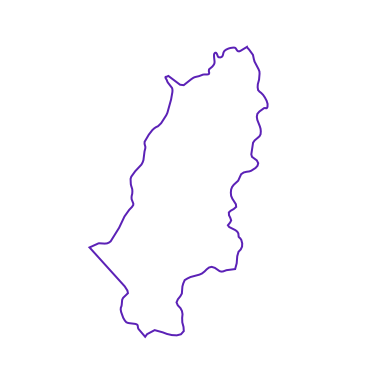 SVG path tracing the border of Itapúa, rotated 324°
{"feature_id": "PRY-620", "entity_name": "Itapúa", "entity_type": "Department", "adm_level": 1, "iso_a3": "PRY", "parent_name": "Paraguay", "parent_adm1": "", "projection": "orthographic", "projection_center": [-55.537, -26.832], "detail": "fine", "context": "isolated", "style": "outline", "palette": "violet", "viewbox_px": 384, "rotation_deg": 324, "n_neighbors": 0, "source": "natural_earth", "source_scale": "10m", "svg_char_len": 3205}
<svg xmlns="http://www.w3.org/2000/svg" viewBox="0 0 384 384"><g transform="rotate(324 192 192)"><path d="M321.8,106.9L321.6,107.6L321.9,110.4L321.9,116.9L319.9,121.4L319.7,122.2L319.3,123.0L318.0,131.8L317.4,134.1L316.2,136.0L312.3,140.5L308.6,143.5L306.7,145.8L305.4,148.4L305.6,150.5L306.2,152.5L306.6,155.2L306.5,158.5L306.0,162.0L304.9,165.2L303.1,167.5L301.8,168.1L301.1,167.8L300.5,167.0L299.5,166.5L293.8,166.5L290.8,167.2L288.6,169.3L287.2,172.1L285.5,178.7L284.6,181.2L283.3,183.4L281.4,185.6L279.3,186.6L273.0,187.1L270.4,188.0L262.1,196.4L261.2,198.8L263.0,204.5L262.5,207.6L260.4,209.3L257.5,209.9L252.4,209.6L250.4,209.0L248.0,207.7L245.3,206.6L242.2,206.5L236.0,210.0L230.0,210.7L227.4,211.5L225.1,213.0L223.0,215.4L221.4,218.1L220.7,221.1L220.3,227.7L219.0,230.0L215.8,230.3L212.3,229.9L209.8,230.2L208.3,232.5L207.8,235.4L207.0,238.0L204.9,239.1L201.5,240.0L201.5,242.2L204.5,248.0L205.1,249.7L205.3,251.3L205.1,252.8L203.4,255.7L203.5,256.7L203.8,257.8L203.7,259.8L202.4,263.1L200.4,265.6L197.7,267.1L194.5,267.7L190.9,270.5L186.3,275.9L181.6,279.7L173.9,275.5L170.4,274.5L168.9,273.6L167.8,272.2L165.9,266.8L163.9,264.1L161.4,263.1L158.4,263.2L155.3,263.7L154.6,263.7L152.2,263.8L149.4,263.2L140.8,259.9L137.6,259.3L134.3,259.0L131.1,260.9L128.7,262.8L124.1,268.2L121.2,269.5L117.5,270.5L114.6,272.2L113.9,275.3L114.4,279.2L113.9,282.4L112.5,285.3L110.0,288.1L107.5,291.8L105.8,296.2L103.6,299.7L99.5,300.6L99.4,300.6L95.4,299.0L91.6,295.9L88.3,292.1L85.8,288.3L80.6,281.8L72.1,280.6L69.0,281.6L68.2,271.5L68.3,270.7L68.8,269.5L69.2,268.9L69.6,268.0L69.7,267.3L69.2,266.2L68.5,265.3L64.0,261.1L63.1,260.1L62.3,258.8L62.1,256.5L62.4,253.4L64.1,247.5L65.2,245.2L66.5,243.7L67.7,243.0L68.8,242.0L72.1,238.2L73.3,237.5L74.2,237.1L80.7,236.2L81.8,233.8L82.1,228.8L76.5,176.6L86.2,178.6L87.0,179.1L91.0,182.4L93.0,183.6L95.0,184.1L97.2,184.1L112.0,178.1L123.0,172.1L130.8,169.5L134.7,168.8L136.8,168.0L137.7,166.9L138.9,162.4L139.7,161.1L140.8,159.8L142.6,158.3L144.1,156.5L145.3,154.6L146.5,151.1L147.1,149.7L150.0,145.3L151.9,143.9L158.3,141.8L167.2,140.1L169.5,139.0L171.5,137.6L177.5,131.2L179.9,129.2L180.8,128.1L181.9,125.2L183.2,123.5L190.8,120.2L196.3,118.6L199.0,118.3L201.2,118.4L203.0,118.8L204.8,118.6L207.5,118.2L216.2,114.8L218.6,113.5L229.4,104.9L234.8,99.7L235.8,98.5L236.6,97.2L237.0,96.0L236.8,89.1L237.0,87.9L237.3,86.9L237.5,86.1L237.5,85.1L237.7,84.0L238.0,83.5L238.4,83.4L238.9,83.6L239.4,83.9L241.1,84.2L245.4,98.2L248.1,100.7L257.7,100.3L260.2,100.4L261.3,100.6L262.5,101.0L265.8,102.4L269.9,103.5L271.3,104.3L273.3,105.8L274.3,106.3L275.1,106.4L275.6,106.0L275.9,105.8L276.1,105.4L276.5,104.4L277.0,103.7L277.9,102.8L282.1,102.5L283.9,102.0L284.7,101.7L285.6,101.2L286.5,100.3L287.0,99.6L289.0,96.1L289.9,94.7L290.6,93.8L291.2,93.3L292.1,93.0L292.6,93.0L293.0,93.2L293.3,93.6L293.3,94.3L293.3,95.0L292.7,97.1L292.6,98.1L292.9,98.8L294.1,99.8L295.1,100.1L296.1,100.1L296.8,99.8L297.6,99.3L299.3,97.8L300.4,97.2L301.4,96.9L303.4,96.9L305.9,97.4L307.8,98.1L310.2,99.4L310.9,99.9L311.4,100.4L311.7,100.9L311.8,101.5L311.8,102.2L311.7,103.2L311.7,104.1L311.9,105.0L312.7,105.9L314.1,106.3L321.5,106.9L321.8,106.9Z" fill="none" stroke="#5b21b6" stroke-width="2"/></g></svg>